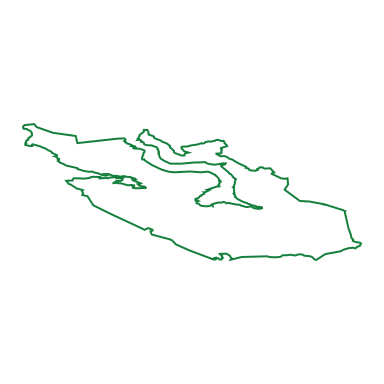 Balsfjord nor, Troms, Norway (Natural Earth projection)
{"feature_id": "86288312B43318148071115", "entity_name": "Balsfjord nor", "entity_type": "district", "adm_level": 2, "iso_a3": "NOR", "parent_name": "Norway", "parent_adm1": "Troms", "projection": "natural_earth1", "projection_center": [19.183, 69.274], "detail": "fine", "context": "isolated", "style": "outline", "palette": "green", "viewbox_px": 384, "rotation_deg": 0, "n_neighbors": 0, "source": "geoboundaries", "source_scale": "gbopen_adm2", "svg_char_len": 6034}
<svg xmlns="http://www.w3.org/2000/svg" viewBox="0 0 384 384"><path d="M34.1,124.1L24.5,125.1L23.0,126.7L23.5,128.7L27.1,129.1L27.5,129.7L30.4,131.0L31.7,132.6L32.1,134.9L31.8,135.7L28.6,138.0L28.7,138.3L28.1,138.7L28.2,139.7L26.2,140.7L26.2,141.9L25.5,142.8L26.1,143.5L25.2,144.1L25.2,144.7L25.6,145.1L30.5,146.1L32.2,145.9L31.8,145.3L31.9,144.8L32.8,144.3L40.4,146.4L42.1,147.3L45.9,148.7L48.0,150.2L50.8,151.3L51.4,151.8L51.6,152.6L57.1,155.3L56.7,156.0L55.2,156.4L56.3,156.7L57.3,158.0L58.9,158.8L59.1,159.4L57.8,160.0L58.3,160.8L58.1,161.0L59.3,161.5L59.3,162.1L60.8,163.0L63.4,163.9L66.0,165.5L77.0,168.0L77.7,168.6L77.6,169.0L84.0,171.0L89.1,171.8L92.4,171.6L93.7,172.3L98.3,173.4L101.2,174.7L105.4,175.7L106.9,175.3L104.8,174.1L108.6,174.0L113.2,175.9L116.9,175.9L121.5,176.9L122.4,176.8L122.0,176.4L123.7,176.1L124.0,176.8L124.6,176.9L124.8,176.4L125.4,176.4L127.8,177.0L130.4,176.9L130.6,177.3L135.1,178.7L134.5,179.5L132.7,179.5L133.0,179.8L134.9,180.0L133.7,180.6L140.8,183.4L139.4,184.1L137.9,184.3L139.0,185.4L142.4,186.5L144.6,186.6L145.8,187.7L145.5,188.0L135.6,188.3L134.0,188.0L135.0,187.3L133.0,187.6L132.7,186.8L133.3,186.4L132.6,186.0L135.0,185.5L131.6,185.0L127.9,185.3L120.9,183.3L117.4,183.2L116.9,182.7L113.5,183.1L113.6,182.6L117.3,181.4L117.0,181.0L120.5,180.9L122.4,180.0L122.4,179.4L122.0,179.1L122.8,178.2L117.0,178.2L117.6,177.5L116.7,177.1L109.6,177.6L108.3,177.9L108.1,178.3L106.3,178.0L99.5,178.4L99.3,178.0L100.9,177.4L99.9,177.0L93.5,176.8L90.7,177.2L89.4,178.0L84.5,178.6L73.9,178.2L72.9,179.3L72.6,180.5L66.3,180.8L68.8,184.0L70.5,184.4L76.8,188.5L82.9,190.1L82.0,191.3L83.1,193.2L82.3,195.0L87.5,196.3L93.4,205.4L112.5,214.8L144.7,229.8L148.3,228.1L152.3,229.6L152.6,230.5L150.5,231.3L151.5,234.1L152.0,234.6L169.4,239.2L172.2,240.4L175.9,244.4L189.9,250.6L212.8,259.2L213.5,259.2L213.3,258.7L213.8,258.6L214.3,258.7L214.3,259.5L215.6,259.3L214.7,258.0L216.0,257.6L218.7,258.5L219.5,259.5L221.3,259.6L221.8,259.3L221.8,258.5L222.8,257.8L221.9,257.1L221.7,256.2L222.0,256.0L220.9,254.6L218.9,253.9L226.6,253.7L229.7,255.6L231.0,257.8L231.7,258.3L230.7,259.7L241.6,257.0L267.1,256.3L269.9,257.1L276.6,257.3L280.5,256.8L282.7,255.3L287.7,255.2L290.2,254.7L295.2,255.5L297.8,254.6L300.4,254.3L302.3,254.5L304.2,255.7L309.4,256.1L311.7,256.8L313.1,257.8L314.5,259.5L316.3,259.9L325.3,254.1L341.0,251.2L342.8,250.0L348.4,248.2L352.7,247.7L355.3,248.4L357.2,246.8L359.9,245.9L361.0,243.4L359.7,242.7L355.3,241.9L352.8,240.9L353.2,239.6L351.6,238.2L350.7,234.3L348.7,228.9L344.9,212.7L344.8,211.6L345.2,211.2L342.6,210.0L326.9,205.1L323.6,204.4L323.9,204.2L309.3,201.5L299.9,201.0L284.6,189.7L288.1,184.4L287.5,178.3L285.2,178.8L281.2,178.4L271.7,173.8L272.1,173.1L274.2,172.4L270.2,168.3L264.9,168.6L263.5,168.2L262.8,167.4L259.7,167.3L259.1,168.2L257.2,169.1L257.7,170.0L255.1,170.8L250.4,170.4L248.9,169.6L248.8,168.7L245.8,167.9L246.2,166.9L238.5,163.3L233.9,160.7L232.9,159.8L228.8,158.5L227.2,157.0L224.2,156.1L220.7,156.3L216.4,154.0L216.4,153.6L221.1,153.4L221.5,152.6L221.2,151.9L221.4,150.9L221.8,150.6L221.3,149.4L221.7,149.0L221.0,148.1L227.1,146.1L226.8,145.2L224.3,142.9L224.5,142.1L223.6,140.9L221.4,141.0L218.1,139.9L215.9,140.1L214.5,140.9L210.6,141.6L208.7,141.4L205.2,142.2L204.4,143.1L203.0,143.6L201.7,143.2L196.6,144.7L191.6,145.3L187.2,146.5L181.9,146.7L181.4,147.5L181.5,148.2L184.3,151.4L188.4,152.6L185.8,153.2L184.5,154.3L184.5,155.4L181.8,155.6L174.8,153.0L173.9,152.0L173.9,150.8L173.5,150.4L169.8,147.1L170.0,146.0L167.7,144.1L165.9,143.0L162.2,141.8L161.1,140.7L154.7,138.2L154.0,137.6L154.0,136.6L153.4,136.2L148.7,134.6L148.4,134.2L148.8,133.8L148.5,132.5L147.4,130.0L143.9,129.9L144.2,130.9L143.5,132.0L139.7,134.9L139.3,135.8L139.5,136.2L137.7,138.8L138.6,139.1L137.8,139.9L139.9,139.7L141.4,140.8L140.9,141.6L143.6,142.4L144.0,144.0L145.4,144.8L146.9,145.2L151.6,145.4L157.0,147.4L157.8,149.0L157.5,149.3L158.4,150.2L158.5,151.5L158.8,151.8L158.5,152.1L158.9,152.6L158.9,153.3L158.5,153.7L159.0,154.1L159.4,156.5L160.6,158.5L164.1,160.8L170.4,163.7L180.9,163.7L194.2,162.5L202.0,162.4L203.6,162.0L205.8,162.4L206.4,163.2L210.3,164.2L214.8,164.7L222.6,163.5L224.1,163.9L223.5,163.5L225.6,163.4L225.1,164.3L224.1,164.5L224.2,164.2L224.0,163.9L223.8,164.6L221.1,165.7L221.3,166.4L228.9,172.6L229.0,173.3L231.0,174.3L232.9,176.6L232.9,177.1L235.9,179.1L235.1,179.9L235.3,180.8L234.8,182.2L234.8,184.1L234.1,185.0L233.8,186.6L233.2,187.0L234.1,187.5L233.7,188.7L234.2,190.3L234.0,192.2L234.5,193.0L233.7,193.6L234.5,194.3L234.4,194.7L234.9,195.3L234.9,196.0L235.5,196.6L235.2,197.0L237.7,199.1L243.6,202.1L246.8,203.0L248.0,203.8L249.9,204.2L251.2,205.2L253.8,205.5L256.7,206.6L261.9,207.3L262.0,208.2L259.6,208.9L255.7,208.5L252.7,207.6L251.5,206.4L246.5,207.1L241.1,205.6L239.9,204.8L236.1,204.5L228.8,203.0L226.3,203.3L225.1,202.3L223.3,202.0L221.3,202.6L217.9,202.6L211.4,204.4L212.1,204.3L212.7,204.8L212.7,206.0L211.6,204.9L209.4,206.1L206.3,206.3L202.3,206.0L200.3,205.4L199.0,204.0L196.6,203.2L196.9,202.7L196.7,201.4L198.3,201.0L197.5,200.6L195.8,200.8L195.4,200.1L196.1,199.9L195.8,198.8L198.3,198.1L200.2,195.9L201.2,195.8L201.6,195.0L204.1,193.9L203.9,193.6L204.5,192.7L204.0,192.3L205.0,192.3L207.2,191.1L208.3,191.1L207.9,190.9L209.2,190.2L207.4,189.7L216.7,186.6L218.4,186.4L217.8,186.1L219.1,185.0L218.7,184.6L219.2,184.0L219.2,183.3L220.7,181.8L220.3,181.3L220.5,181.2L220.4,181.0L219.9,181.4L219.2,181.1L219.0,180.6L219.4,180.2L218.2,177.9L216.4,176.0L215.2,175.3L215.2,174.9L208.9,171.9L206.1,171.7L201.4,172.3L190.2,171.5L173.8,172.3L168.7,171.7L161.8,169.7L152.1,165.1L145.3,160.8L144.1,159.3L142.5,159.6L142.0,158.8L142.2,156.9L143.4,154.9L143.2,154.4L143.4,153.2L144.6,151.9L144.3,150.3L139.5,148.7L134.0,148.5L133.2,147.8L134.2,146.9L135.3,146.8L134.9,146.3L131.2,146.0L132.0,145.3L129.6,144.1L127.2,143.6L126.8,143.0L125.4,142.4L125.0,141.8L125.6,141.7L125.5,141.3L125.0,141.4L124.9,140.9L124.5,140.9L125.5,139.7L124.6,138.4L118.1,138.6L77.4,143.1L75.7,136.0L53.0,132.8L36.7,127.1L34.1,124.1Z" fill="none" stroke="#15803d" stroke-width="2"/></svg>